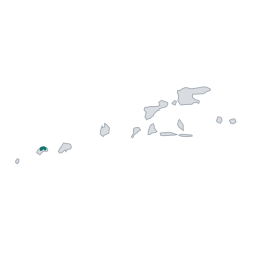 location of West Tanna, Tafea, Vanuatu, rotated 99°
{"feature_id": "77236927B19394632379581", "entity_name": "West Tanna", "entity_type": "district", "adm_level": 2, "iso_a3": "VUT", "parent_name": "Vanuatu", "parent_adm1": "Tafea", "projection": "orthographic", "projection_center": [169.261, -19.471], "detail": "fine", "context": "in_parent", "style": "filled", "palette": "teal", "viewbox_px": 256, "rotation_deg": 99, "n_neighbors": 0, "source": "geoboundaries", "source_scale": "gbopen_adm2", "svg_char_len": 3308}
<svg xmlns="http://www.w3.org/2000/svg" viewBox="0 0 256 256"><g transform="rotate(99 128 128)"><path d="M82.3,58.7L84.5,69.4L86.8,69.3L88.0,68.7L89.4,66.2L89.9,62.2L91.2,61.7L92.7,62.1L92.1,63.3L92.5,66.5L93.7,68.2L94.5,68.5L96.2,76.7L96.8,78.4L96.8,79.8L93.5,82.9L88.6,82.9L85.1,84.8L83.0,84.7L83.0,82.6L81.1,81.0L79.0,77.5L79.4,71.2L75.5,59.5L75.4,56.6L76.7,52.8L77.9,52.6L79.7,55.8L82.3,58.7ZM103.6,99.5L105.0,100.2L105.8,100.2L106.3,101.8L110.8,104.9L112.0,104.8L113.1,106.5L115.0,107.3L115.5,109.1L116.9,110.8L114.5,113.0L109.9,112.5L107.3,115.0L104.9,114.4L104.5,113.1L104.8,112.6L103.3,109.4L102.6,104.4L101.6,101.4L100.6,100.2L98.4,101.3L97.6,101.5L95.5,99.1L96.4,94.2L96.9,92.7L98.6,92.5L101.1,93.7L103.6,99.5ZM163.5,191.4L162.1,193.0L160.8,192.8L152.8,189.2L153.1,187.7L152.8,183.9L153.7,181.8L155.9,181.0L157.6,181.4L158.7,184.5L161.1,185.7L159.4,186.8L162.3,189.1L163.5,191.4ZM136.0,146.1L139.1,150.7L140.3,151.1L138.5,154.4L134.6,154.7L130.0,153.9L131.7,152.8L130.8,151.5L129.4,151.2L127.9,151.9L127.1,151.7L128.1,149.5L130.7,146.5L131.4,146.3L132.1,146.2L132.8,146.5L136.0,146.1ZM131.2,107.1L127.6,107.4L122.6,106.5L120.6,105.1L119.7,103.7L121.4,102.6L123.9,102.1L127.0,98.8L128.1,100.1L129.3,103.7L130.5,104.8L131.2,105.8L131.2,107.1ZM168.3,210.9L166.6,214.4L163.9,213.6L161.3,211.1L159.9,208.8L160.8,204.6L162.1,203.8L163.5,204.1L164.3,208.2L168.3,210.9ZM128.5,95.2L128.0,95.3L127.5,93.8L125.7,85.9L126.8,78.8L127.5,80.3L130.2,92.7L129.9,94.7L128.5,95.2ZM135.9,121.4L136.9,121.9L136.3,123.2L132.1,121.7L128.6,122.3L127.7,122.2L126.7,121.0L125.9,118.6L126.2,116.8L127.7,115.6L128.2,115.4L129.3,116.9L130.3,117.9L131.2,118.3L133.4,120.7L135.9,121.4ZM119.0,78.0L116.9,79.5L113.0,79.4L111.6,78.6L116.3,74.0L121.8,73.0L119.0,78.0ZM108.5,40.1L107.2,41.7L103.7,41.2L102.8,40.8L103.0,38.1L103.9,37.1L106.0,36.3L108.9,37.6L108.5,40.1ZM105.4,28.7L104.9,29.0L104.2,28.7L102.3,24.9L102.8,23.6L105.1,22.3L107.2,24.4L107.4,25.6L107.4,26.7L107.1,27.5L105.7,27.9L105.4,28.7ZM127.7,74.5L127.1,76.5L125.8,74.1L125.0,64.4L125.3,63.5L126.0,63.4L127.6,70.2L127.7,74.5ZM180.6,231.9L179.5,233.7L177.9,233.7L175.7,232.4L176.1,230.8L178.5,230.6L179.2,230.7L180.6,231.9ZM97.4,87.5L96.9,88.4L93.6,86.3L94.3,84.3L97.9,85.0L97.4,87.5Z" fill="#d9dde1" stroke="#a8b0b8" stroke-width="1"/><path d="M162.3,206.8L162.3,206.7L162.3,206.4L162.3,206.2L162.1,206.1L161.9,206.1L161.7,206.1L161.4,206.1L160.9,206.1L160.8,206.3L160.7,206.3L160.7,206.5L160.5,206.8L160.5,207.0L160.4,207.0L160.3,207.3L160.2,207.3L160.2,207.5L160.1,207.8L160.0,208.0L160.0,208.3L160.1,208.5L160.2,208.8L160.3,208.9L160.4,209.0L160.5,209.3L160.5,209.5L160.7,209.8L160.7,210.0L160.8,210.1L160.9,210.3L161.0,210.4L161.0,210.5L161.3,210.5L161.5,210.5L161.4,210.5L161.4,210.8L161.5,210.9L161.5,211.0L161.7,211.3L161.8,211.3L161.9,211.2L162.0,211.2L162.3,211.0L162.5,211.1L162.9,211.0L162.9,210.9L163.1,210.9L163.3,210.9L163.3,210.7L163.5,210.5L163.5,210.4L163.4,210.2L163.2,210.2L163.0,209.9L162.9,209.8L162.9,209.7L162.7,209.6L162.4,209.6L162.2,209.7L162.1,209.8L162.1,209.6L162.1,209.4L161.9,209.4L161.8,209.2L161.7,209.1L161.6,208.9L161.7,208.7L161.6,208.4L161.6,208.2L161.3,207.9L161.4,207.7L161.5,207.6L161.5,207.4L161.7,207.2L161.8,207.1L162.0,207.0L162.0,206.9L162.3,206.8L162.3,206.8Z" fill="#14b8a6" stroke="#0f766e" stroke-width="1.5"/></g></svg>